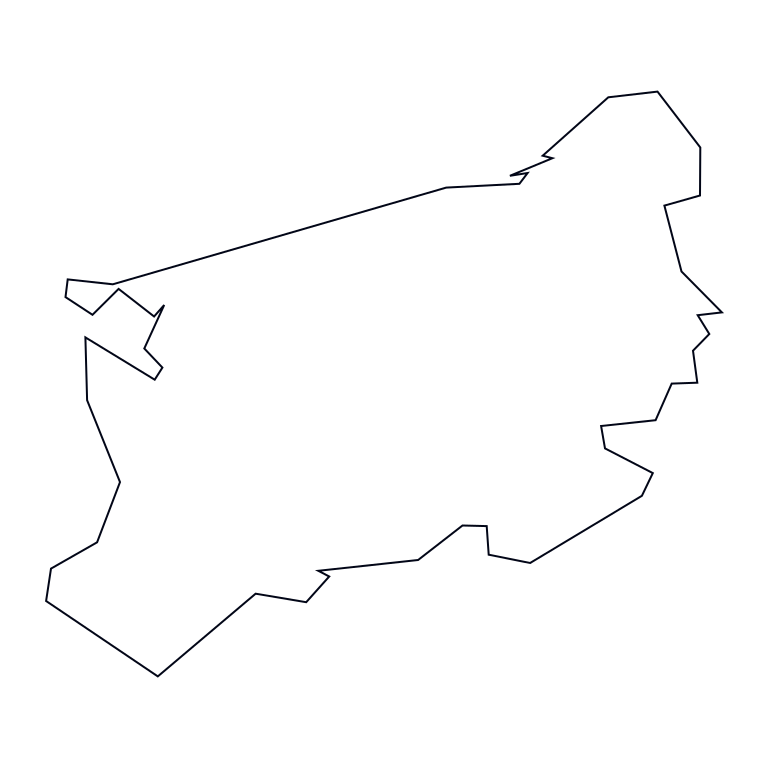 an SVG outline of West Pomeranian
{"feature_id": "POL-3142", "entity_name": "West Pomeranian", "entity_type": "Voivodeship", "adm_level": 1, "iso_a3": "POL", "parent_name": "Poland", "parent_adm1": "", "projection": "natural_earth1", "projection_center": [15.248, 53.587], "detail": "coarse", "context": "isolated", "style": "outline", "palette": "ink", "viewbox_px": 768, "rotation_deg": 0, "n_neighbors": 0, "source": "natural_earth", "source_scale": "10m", "svg_char_len": 717}
<svg xmlns="http://www.w3.org/2000/svg" viewBox="0 0 768 768"><path d="M157.8,676.4L46.1,601.0L51.0,568.6L97.1,542.3L120.0,482.1L87.1,400.2L85.4,337.4L154.7,379.7L162.4,367.6L144.3,348.5L164.2,305.0L154.1,316.5L118.6,288.9L92.5,314.8L65.5,297.1L67.7,279.4L112.8,284.3L446.2,187.6L519.4,183.8L527.6,173.0L509.9,175.8L552.4,158.2L542.7,155.7L608.3,97.3L657.5,91.6L700.3,147.5L700.0,195.5L664.4,205.6L681.5,271.5L721.9,312.4L697.7,315.2L709.3,334.0L693.0,350.7L697.3,382.7L671.7,383.6L655.6,420.2L601.1,426.0L605.0,448.4L652.8,473.1L641.9,495.8L530.1,563.0L488.7,554.7L486.7,526.1L462.5,525.5L418.1,560.0L318.3,570.8L329.2,576.5L306.2,602.2L255.6,593.7L157.8,676.4Z" fill="none" stroke="#020617" stroke-width="2"/></svg>